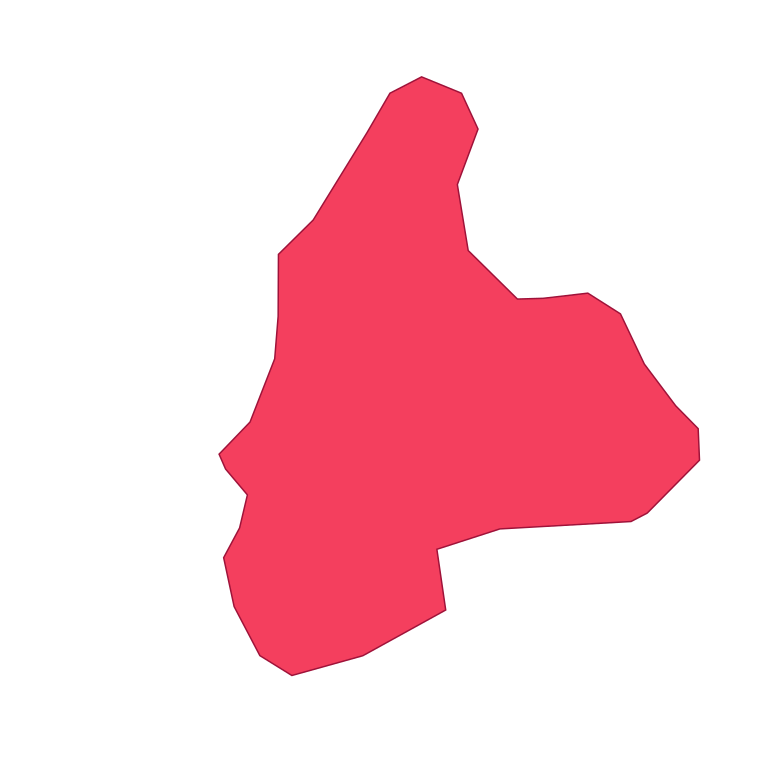 map outline of Francistown (Mercator projection), rotated 329°
{"feature_id": "BWA-5502", "entity_name": "Francistown", "entity_type": "City", "adm_level": 1, "iso_a3": "BWA", "parent_name": "Botswana", "parent_adm1": "", "projection": "mercator", "projection_center": [27.509, -21.161], "detail": "fine", "context": "isolated", "style": "filled", "palette": "rose", "viewbox_px": 768, "rotation_deg": 329, "n_neighbors": 0, "source": "natural_earth", "source_scale": "10m", "svg_char_len": 591}
<svg xmlns="http://www.w3.org/2000/svg" viewBox="0 0 768 768"><g transform="rotate(329 384 384)"><path d="M538.9,137.8L574.4,140.1L600.2,174.7L595.9,213.9L549.6,250.8L524.9,313.0L542.1,379.9L564.7,392.6L605.5,411.1L622.8,445.7L617.4,501.0L622.8,552.9L630.3,584.1L615.2,611.8L543.2,630.2L524.9,629.1L408.7,567.9L344.2,552.9L320.5,609.5L225.9,606.0L154.9,586.4L137.7,552.9L140.9,497.6L157.1,450.3L186.1,433.0L209.8,408.7L204.4,375.3L206.5,359.2L249.6,347.6L303.3,306.1L328.1,271.5L360.3,218.5L407.7,207.0L499.1,159.7L538.9,137.8Z" fill="#f43f5e" stroke="#9f1239" stroke-width="1.5"/></g></svg>